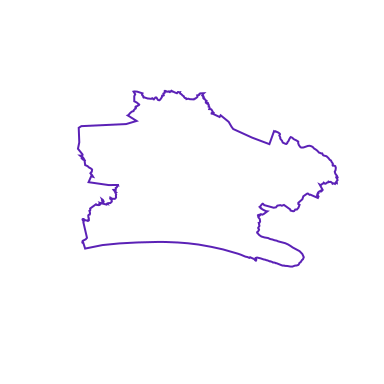 Escuinapa, Sinaloa, Mexico (Equal Earth projection), rotated 307°
{"feature_id": "50627088B92703262083917", "entity_name": "Escuinapa", "entity_type": "district", "adm_level": 2, "iso_a3": "MEX", "parent_name": "Mexico", "parent_adm1": "Sinaloa", "projection": "equal_earth", "projection_center": [-105.661, 22.715], "detail": "fine", "context": "isolated", "style": "outline", "palette": "violet", "viewbox_px": 384, "rotation_deg": 307, "n_neighbors": 0, "source": "geoboundaries", "source_scale": "gbopen_adm2", "svg_char_len": 6077}
<svg xmlns="http://www.w3.org/2000/svg" viewBox="0 0 384 384"><g transform="rotate(307 192 192)"><path d="M290.0,220.9L276.8,225.0L271.6,207.3L267.1,187.0L267.9,184.3L270.1,179.1L270.5,168.7L268.5,168.9L267.0,161.6L266.4,160.5L266.7,160.2L267.2,160.3L267.8,161.8L268.3,161.7L268.5,160.0L269.0,159.4L269.6,157.7L269.4,157.1L268.6,155.9L269.6,155.6L270.2,155.0L270.4,154.4L270.2,153.9L271.5,153.2L271.7,152.8L271.6,152.3L272.4,151.6L272.7,151.0L272.5,150.5L272.2,150.4L271.8,150.9L271.6,150.6L271.7,149.2L272.8,148.5L273.5,148.7L273.6,147.0L274.0,145.9L273.6,145.4L273.8,144.5L274.1,144.2L274.9,144.3L275.2,142.3L275.8,142.6L276.1,141.9L276.4,141.7L278.0,142.0L275.7,139.2L275.2,139.3L274.7,138.9L273.7,139.2L272.3,138.0L271.8,138.8L271.0,139.1L268.4,138.4L267.9,137.8L267.1,137.8L264.8,134.4L264.3,132.9L262.8,131.6L263.3,130.8L262.8,129.6L263.1,128.4L263.5,127.9L263.4,126.4L263.7,124.7L263.5,123.4L263.9,122.6L264.5,122.4L263.8,121.7L263.7,121.1L263.4,120.6L261.8,120.5L261.2,118.5L260.8,116.4L260.3,115.8L260.6,115.1L260.5,114.6L258.4,114.2L258.2,113.7L258.5,113.0L257.0,111.7L256.9,110.4L256.5,109.5L256.2,109.4L255.0,110.5L253.4,109.9L252.2,111.3L251.8,111.2L251.1,110.2L250.5,110.3L249.5,110.9L246.6,111.0L245.6,110.7L245.1,109.7L245.1,109.1L246.0,106.9L245.9,106.3L245.4,105.9L243.0,105.8L242.8,105.3L243.1,104.2L243.0,103.8L241.8,103.3L240.4,100.9L240.1,100.6L238.9,97.1L238.3,96.5L238.6,95.8L239.1,95.6L239.4,94.6L239.3,94.3L239.6,93.5L241.0,93.1L239.1,87.7L237.6,85.4L237.0,84.9L235.9,87.8L233.8,88.2L229.7,91.3L230.2,93.9L230.1,96.9L229.6,96.8L229.4,97.2L227.4,96.4L226.8,95.8L225.8,95.7L225.6,96.5L224.9,96.8L224.4,96.5L222.0,96.3L221.4,96.6L219.8,95.5L217.2,95.0L215.3,95.0L214.5,94.6L215.4,105.0L206.6,98.5L178.0,64.0L175.1,62.9L163.8,72.1L157.9,74.9L156.1,82.0L154.9,82.6L153.7,80.8L153.6,82.4L153.4,83.0L153.9,83.9L153.9,84.5L153.4,85.7L152.4,84.6L152.3,85.3L152.5,85.9L152.6,87.6L151.9,87.8L149.2,90.5L149.8,93.0L149.6,95.3L149.9,96.6L149.9,98.4L149.7,98.8L147.8,99.8L146.7,99.5L145.8,99.6L145.6,100.8L145.4,100.9L145.4,101.8L144.6,103.8L143.9,102.0L137.6,103.5L147.4,121.3L153.1,128.7L153.0,128.8L152.6,128.8L152.5,129.1L152.2,128.8L151.5,128.8L150.5,129.1L149.4,128.6L148.8,129.2L147.8,129.6L147.7,129.9L147.3,129.9L147.1,128.8L146.5,128.1L146.3,128.7L146.3,130.1L146.1,131.4L145.5,130.9L144.3,133.0L143.4,133.3L142.0,134.6L140.6,134.7L139.8,134.2L138.5,132.0L138.3,131.2L138.5,130.5L138.4,130.1L137.5,130.6L137.4,130.9L137.9,132.6L136.9,132.8L136.1,133.7L135.7,133.7L134.0,133.4L132.5,131.6L131.6,131.2L131.5,131.5L131.4,131.2L130.5,131.3L129.3,128.4L129.6,127.6L131.2,127.2L132.0,125.6L132.0,124.5L131.2,125.8L130.8,125.6L130.3,126.5L129.7,126.6L129.3,127.0L129.4,127.7L129.0,127.7L127.9,124.9L127.5,125.9L127.1,126.2L126.5,126.1L126.2,125.5L126.0,125.8L125.8,125.8L125.3,125.3L124.3,123.6L124.4,122.7L117.5,120.6L116.5,121.6L116.1,121.7L115.2,121.4L114.5,122.5L113.3,123.6L112.4,123.9L111.6,123.2L110.8,123.3L109.4,124.5L109.0,125.4L107.8,125.8L107.7,126.5L107.3,126.7L106.2,126.3L106.1,125.6L105.2,123.7L105.2,121.7L104.8,121.1L104.3,121.0L103.7,121.8L103.1,123.4L102.4,123.5L92.2,135.7L90.3,135.6L87.2,134.1L85.9,134.6L85.6,135.1L86.1,135.6L82.5,140.7L95.7,152.4L107.2,164.9L118.8,178.7L131.9,195.2L136.2,201.0L143.3,211.3L148.6,219.6L154.0,228.9L159.8,240.4L164.8,251.3L170.4,265.9L171.3,268.7L172.5,273.5L173.4,275.4L173.9,277.5L174.5,277.9L174.9,277.8L175.9,282.3L175.5,283.4L175.6,284.3L176.5,284.2L177.7,282.6L178.8,283.4L180.3,286.8L181.3,289.9L182.0,291.2L182.3,292.5L182.8,293.4L183.5,296.2L183.9,296.4L184.0,296.8L184.5,298.7L184.4,299.1L185.1,300.0L185.6,301.3L185.5,301.6L186.0,302.4L187.5,307.9L188.0,309.1L188.5,309.5L188.8,310.1L188.9,310.6L190.3,312.7L191.6,315.3L192.8,317.0L195.1,318.5L196.4,319.9L197.8,320.8L198.8,320.8L200.2,320.5L201.2,321.0L203.9,320.8L205.0,321.1L207.2,320.5L208.9,317.4L209.5,313.5L208.3,305.8L208.2,303.1L207.9,300.2L207.2,297.2L204.4,290.4L204.1,288.9L203.1,286.9L202.5,284.9L201.5,282.8L201.0,280.4L199.4,277.4L198.2,274.2L198.1,271.6L198.7,268.5L199.1,268.2L200.3,268.5L202.2,268.3L202.7,267.6L202.7,267.0L203.2,266.4L205.4,266.3L206.0,265.8L206.1,265.4L207.3,264.3L207.5,263.9L208.3,264.4L209.5,264.1L211.2,262.4L211.7,260.3L212.2,259.7L212.5,259.4L213.0,259.8L213.1,259.4L213.3,259.6L213.6,258.9L214.2,259.3L214.2,259.8L214.6,259.7L214.9,260.4L215.8,260.4L216.2,261.8L217.5,262.5L221.9,263.8L221.2,262.5L220.6,259.3L220.4,256.9L220.7,256.9L220.8,255.0L221.5,255.2L223.9,255.2L225.1,255.4L225.3,255.8L225.0,257.6L228.6,266.7L230.3,268.3L232.5,268.4L234.7,270.5L235.1,272.0L237.0,273.2L237.2,280.8L236.5,281.9L237.5,284.4L238.2,285.0L240.1,285.0L241.1,286.3L243.4,286.5L246.5,285.6L246.4,284.1L247.4,283.4L252.6,284.5L255.6,283.5L259.9,284.9L260.5,285.4L260.5,287.6L261.1,288.1L263.0,296.1L263.8,295.9L263.8,295.5L264.6,295.6L264.8,295.0L264.6,294.1L265.5,294.0L265.8,293.9L265.8,293.5L266.5,293.6L266.4,293.3L267.5,293.0L269.3,293.4L269.6,294.0L269.8,294.0L269.9,294.5L270.8,294.3L270.9,295.0L272.3,295.1L274.8,289.5L275.0,290.6L275.3,290.8L277.4,291.3L278.0,291.9L278.7,291.7L278.7,293.3L279.2,293.8L280.6,294.1L281.4,294.8L282.4,294.7L282.5,295.5L283.6,296.7L283.6,298.7L283.2,299.3L284.1,299.8L284.5,301.3L285.3,301.0L285.8,301.1L286.2,302.4L286.9,301.8L287.3,301.0L289.1,301.1L290.0,299.7L290.4,298.4L290.7,298.3L290.8,298.9L291.3,299.4L292.1,298.1L292.9,295.4L294.1,293.8L295.8,293.5L297.9,292.3L298.9,290.8L298.6,289.8L297.8,288.6L298.1,288.0L299.1,287.7L299.4,287.4L300.2,285.0L300.7,284.3L300.8,283.9L300.6,282.7L301.2,280.6L301.5,277.9L300.3,274.9L300.4,274.2L301.2,272.8L300.5,271.8L300.3,270.7L299.9,269.9L300.4,267.0L300.4,265.1L300.2,263.4L300.6,261.2L300.3,259.6L299.7,258.1L298.5,256.8L294.6,254.2L293.2,252.4L293.1,251.4L293.8,249.1L294.9,247.4L296.2,246.5L296.0,244.2L295.4,241.3L295.7,239.6L295.3,237.8L294.6,237.7L292.9,237.9L290.6,238.4L289.0,238.3L288.2,238.7L287.1,238.4L286.7,237.6L286.1,234.7L287.1,233.0L287.6,230.8L287.9,230.2L288.7,229.7L289.7,227.7L291.1,227.5L291.4,227.0L291.4,225.1L290.7,222.1L290.2,222.0L290.0,220.9Z" fill="none" stroke="#5b21b6" stroke-width="2"/></g></svg>